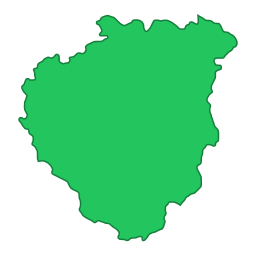 outline of San José de Las Matas, Santiago, Dominican Republic
{"feature_id": "3306468B48570951315042", "entity_name": "San José de Las Matas", "entity_type": "district", "adm_level": 2, "iso_a3": "DOM", "parent_name": "Dominican Republic", "parent_adm1": "Santiago", "projection": "albers", "projection_center": [-71.019, 19.237], "detail": "fine", "context": "isolated", "style": "filled", "palette": "green", "viewbox_px": 256, "rotation_deg": 0, "n_neighbors": 0, "source": "geoboundaries", "source_scale": "gbopen_adm2", "svg_char_len": 5673}
<svg xmlns="http://www.w3.org/2000/svg" viewBox="0 0 256 256"><path d="M180.3,205.2L181.7,203.2L184.6,200.0L185.7,198.0L186.5,197.0L188.4,196.0L191.0,194.0L191.7,193.8L193.6,193.4L194.8,192.8L199.8,187.9L200.4,187.2L200.9,186.3L201.2,185.4L201.3,183.8L201.2,179.0L201.1,177.1L200.8,176.1L199.5,173.5L197.3,169.3L197.0,168.3L196.9,167.3L197.2,166.3L197.5,165.8L198.2,165.2L200.1,164.1L200.7,163.4L201.0,162.8L201.2,161.4L201.4,156.9L202.4,154.2L202.7,150.5L202.9,149.6L203.3,149.1L204.8,147.8L206.1,145.7L206.8,145.0L207.4,144.7L208.5,144.6L210.0,144.7L211.1,144.9L213.1,145.9L214.0,146.0L214.9,145.8L215.4,145.0L215.9,142.5L216.3,142.1L217.9,141.3L218.3,140.5L218.5,138.7L218.5,133.3L218.4,131.8L218.2,130.7L217.5,129.4L215.0,126.7L214.3,125.4L213.7,123.1L212.9,121.1L212.3,118.8L211.5,117.1L211.0,114.8L210.1,112.7L209.9,112.0L209.8,110.5L209.8,108.7L210.0,107.6L210.5,106.0L210.5,105.4L210.0,104.5L208.0,102.4L207.4,101.5L207.0,100.5L207.0,98.8L207.2,98.2L208.8,95.3L210.2,93.8L211.9,92.5L212.2,92.1L212.2,91.2L211.5,89.7L211.3,88.6L211.3,86.3L211.6,85.3L215.2,78.1L215.4,76.7L215.4,73.0L215.7,71.7L216.4,71.1L217.9,70.2L220.5,69.4L221.0,69.0L221.3,68.0L221.3,67.0L221.2,66.3L220.5,65.5L219.5,65.3L216.8,65.2L216.1,65.0L215.6,64.7L214.2,62.3L214.0,61.0L214.1,60.0L214.8,58.8L215.9,58.2L217.4,58.0L222.0,58.1L223.1,57.9L223.7,57.7L225.5,55.3L228.2,52.6L229.3,51.6L231.1,50.6L231.8,50.0L233.5,47.5L234.3,47.0L235.5,46.6L236.3,45.6L236.8,44.7L237.0,43.0L236.8,41.3L235.3,38.1L234.9,37.5L233.7,36.2L232.5,35.3L231.1,34.6L228.5,32.7L227.5,32.3L224.5,32.0L223.4,31.3L222.7,30.3L220.7,25.9L219.3,23.9L218.2,23.5L215.5,23.4L214.1,23.1L213.2,22.5L211.6,21.2L210.7,20.8L209.6,20.6L206.5,20.4L205.5,20.2L204.6,19.6L202.7,18.1L200.9,17.2L198.0,15.4L198.2,18.0L198.3,21.4L198.1,22.8L197.7,23.7L197.0,24.2L196.4,24.2L194.3,23.2L192.4,22.1L191.4,21.9L190.5,22.1L189.8,22.6L189.1,24.2L188.6,24.5L186.9,25.1L186.2,25.6L185.7,26.4L185.0,28.3L184.6,28.8L184.0,29.0L182.6,29.2L181.1,29.1L180.0,28.9L179.4,28.6L178.5,27.9L175.8,25.3L174.2,24.3L173.2,23.4L170.9,22.0L168.0,20.6L166.5,20.3L164.3,20.3L162.8,20.5L160.9,21.0L158.3,20.3L155.7,20.2L154.7,20.3L153.9,20.8L152.7,22.9L151.9,24.7L150.3,27.9L147.8,30.7L146.9,31.3L146.3,31.4L145.7,31.4L145.2,31.0L144.1,29.0L143.8,28.0L143.5,24.9L143.2,24.0L142.3,22.4L141.7,21.7L139.3,20.4L138.3,20.1L136.4,20.0L134.5,20.0L133.2,20.3L132.5,20.8L131.9,22.2L131.5,22.6L129.5,23.3L125.3,25.4L124.0,25.5L123.1,25.3L120.3,23.7L115.2,18.7L113.8,17.5L112.8,17.2L110.9,16.7L108.9,15.8L107.2,15.6L104.6,16.3L102.0,17.4L101.1,18.3L100.2,19.9L99.7,20.6L97.1,21.4L96.7,21.9L96.5,22.6L96.6,23.2L96.9,23.9L97.4,24.2L99.2,25.0L100.5,27.2L101.8,30.0L101.8,31.0L101.6,31.7L99.9,33.7L99.6,34.2L99.6,34.8L99.8,35.3L100.3,35.7L101.0,35.8L105.5,35.7L107.2,35.9L107.7,36.4L107.8,37.0L107.8,37.8L107.2,38.5L104.9,39.2L102.6,40.9L101.7,41.3L100.2,41.5L95.8,41.5L94.0,41.7L87.6,44.7L86.5,45.6L85.7,46.6L85.6,47.5L86.1,49.0L86.0,50.0L85.7,50.8L84.6,52.6L83.9,53.1L82.3,53.7L81.8,53.7L80.5,53.2L79.5,53.0L78.5,53.0L77.9,53.2L77.0,53.7L74.7,55.9L73.6,56.7L72.6,57.0L70.7,57.2L69.9,57.4L69.5,57.9L69.4,58.4L69.9,59.8L69.9,60.6L69.0,62.3L68.2,62.8L65.3,63.2L63.4,63.8L62.6,63.6L60.4,62.5L59.5,61.6L59.2,60.6L59.1,56.8L58.9,55.8L58.1,54.8L57.2,54.4L56.6,54.4L55.7,54.8L55.1,55.4L54.2,56.8L52.1,58.0L50.9,58.2L49.0,57.4L48.0,57.3L47.1,57.6L44.6,58.9L43.7,59.7L42.7,61.1L39.2,63.0L38.4,63.6L37.8,64.7L37.4,67.1L37.0,68.0L36.2,68.3L34.4,68.6L33.9,68.9L33.6,69.4L33.6,69.9L34.5,72.2L34.9,76.3L35.5,78.2L35.5,78.7L35.2,79.2L34.5,79.8L33.8,80.0L29.7,80.0L29.0,79.1L28.4,78.8L27.7,78.7L26.7,78.8L26.2,79.2L24.9,81.9L24.2,84.1L23.5,85.0L22.2,86.0L21.9,86.9L21.9,87.8L22.0,88.5L23.4,91.2L24.3,92.4L26.4,94.7L26.9,95.8L25.8,99.7L25.0,101.4L24.7,102.4L24.6,104.2L24.5,107.2L24.8,109.8L27.1,114.3L27.2,115.0L27.2,116.0L26.3,117.8L25.9,118.3L25.4,118.6L24.8,118.8L23.9,118.7L23.2,118.6L21.7,117.7L21.1,117.6L20.4,117.7L19.8,117.9L19.4,118.4L19.1,118.9L19.0,119.3L19.1,120.2L19.4,120.9L21.2,123.0L22.3,125.1L24.8,128.3L25.5,128.8L27.6,129.1L28.4,129.5L28.8,130.3L29.0,132.5L29.4,133.4L30.2,134.3L32.1,135.4L32.9,136.4L33.2,137.7L33.2,140.2L32.9,141.6L32.2,143.2L32.1,144.0L32.4,144.8L34.2,146.0L35.4,147.3L35.9,148.2L37.2,150.8L37.5,152.6L37.5,158.2L37.7,159.3L38.4,161.4L40.8,160.9L42.3,160.8L43.8,161.0L44.8,161.3L47.4,162.6L48.2,163.1L49.8,164.6L51.2,166.2L52.5,168.8L52.6,169.9L52.0,171.4L51.9,172.4L52.1,173.3L52.4,173.8L54.5,175.0L56.0,175.7L63.4,179.5L64.6,180.0L67.0,181.4L67.4,181.8L68.5,183.7L69.4,185.8L70.9,188.1L73.2,189.6L77.5,191.6L78.5,192.5L78.8,193.0L79.1,194.0L79.3,198.2L80.2,200.2L80.5,202.0L80.6,204.3L80.4,206.1L80.2,207.2L79.4,208.8L79.4,209.4L79.5,210.1L79.9,211.0L81.4,212.9L82.6,215.0L83.6,216.0L84.5,216.7L87.5,218.5L91.9,220.7L93.8,222.1L94.6,222.6L95.5,222.4L97.5,220.9L98.2,220.7L98.8,220.7L99.4,220.8L101.1,221.6L103.4,222.2L105.4,223.1L108.5,223.5L109.4,223.8L110.5,224.7L113.1,227.0L115.2,228.2L116.0,228.8L117.6,230.2L118.7,231.6L119.2,232.5L119.2,233.9L119.0,234.9L118.2,236.4L118.1,237.4L118.3,238.0L118.7,238.5L119.8,239.2L124.3,239.5L126.3,240.3L127.5,240.5L128.2,240.3L130.3,238.6L131.3,238.2L132.3,238.0L135.8,237.8L136.4,237.6L138.5,236.7L140.1,236.5L141.1,236.6L141.9,237.0L142.2,237.8L142.3,239.6L142.5,240.1L142.9,240.5L143.5,240.6L144.4,240.3L145.6,239.2L147.6,236.8L148.5,235.0L149.6,234.0L152.5,232.6L155.1,232.0L159.7,229.7L162.2,228.9L163.6,226.5L164.2,224.2L165.0,221.9L164.8,220.6L164.1,218.9L164.0,217.6L164.4,216.3L165.7,214.4L166.0,213.6L165.5,211.3L165.3,210.2L165.4,207.2L165.9,206.0L167.6,204.5L168.6,202.6L169.5,202.2L170.5,202.0L173.1,202.0L174.9,202.3L178.1,203.8L180.3,205.2Z" fill="#22c55e" stroke="#15803d" stroke-width="1.5"/></svg>